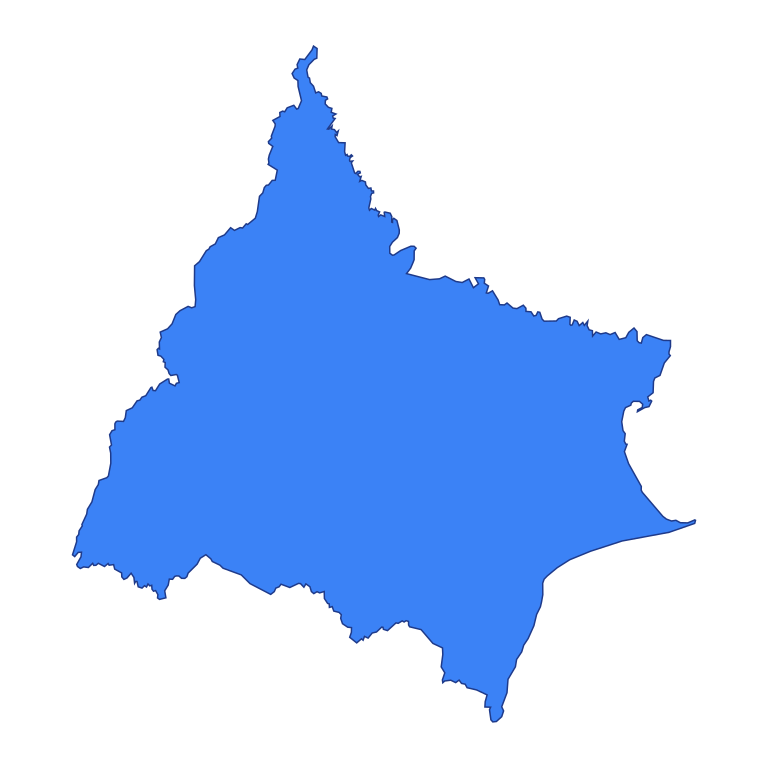 Soanierana Ivongo, Analanjirofo, Madagascar
{"feature_id": "10022922B56427545477040", "entity_name": "Soanierana Ivongo", "entity_type": "district", "adm_level": 2, "iso_a3": "MDG", "parent_name": "Madagascar", "parent_adm1": "Analanjirofo", "projection": "equal_earth", "projection_center": [49.223, -16.67], "detail": "fine", "context": "isolated", "style": "filled", "palette": "blue", "viewbox_px": 768, "rotation_deg": 0, "n_neighbors": 0, "source": "geoboundaries", "source_scale": "gbopen_adm2", "svg_char_len": 6079}
<svg xmlns="http://www.w3.org/2000/svg" viewBox="0 0 768 768"><path d="M313.5,46.1L312.0,49.9L304.8,59.5L299.8,59.0L297.1,64.6L297.8,68.1L295.0,69.2L292.1,73.6L294.2,78.1L297.9,80.5L298.1,86.5L301.5,100.7L298.2,108.5L296.7,109.1L293.8,105.3L287.2,107.8L284.7,111.8L282.7,111.1L279.8,112.5L280.0,116.5L272.8,120.4L275.2,123.9L275.1,126.2L271.3,136.2L271.7,138.1L268.4,141.6L268.7,143.4L272.8,146.4L269.3,155.0L268.4,159.0L268.9,162.9L268.1,164.4L277.3,170.1L275.2,180.3L272.2,180.4L268.5,185.0L266.3,185.3L264.3,187.6L262.8,192.9L259.5,196.3L257.3,211.7L255.3,218.2L247.7,224.5L246.2,223.8L242.6,228.0L240.1,227.6L234.5,230.4L230.6,227.7L224.5,234.9L218.4,237.6L215.3,243.9L210.1,246.8L208.9,249.1L206.3,250.7L199.5,261.6L194.6,265.8L194.4,285.5L195.7,299.7L195.1,306.6L191.7,307.8L188.1,306.4L180.0,310.7L175.8,314.5L172.1,323.8L167.6,328.8L160.2,332.1L161.4,337.6L159.3,342.0L159.5,348.9L158.4,348.3L157.1,349.7L158.0,355.3L160.8,356.1L163.9,359.4L163.3,361.7L165.2,362.5L165.0,367.2L168.0,369.9L169.1,373.5L170.8,375.5L176.3,374.5L177.4,375.3L179.2,382.6L176.4,383.3L175.0,385.9L169.4,383.2L168.7,379.0L167.4,379.1L159.7,384.0L155.5,390.7L153.1,390.5L151.9,387.2L150.9,387.6L145.8,395.7L141.9,397.2L139.8,400.2L137.1,400.8L132.3,407.8L126.3,410.6L125.3,417.7L123.5,421.4L117.2,421.1L115.7,422.1L114.9,423.8L114.9,429.7L112.0,430.7L109.6,434.7L111.5,445.0L109.5,447.1L110.7,453.1L110.8,463.3L108.4,476.0L106.8,477.7L99.0,480.5L98.3,484.6L95.2,489.5L91.9,501.9L87.4,509.3L86.7,514.1L81.9,524.5L82.3,525.9L79.1,530.8L78.7,534.5L76.6,537.1L76.6,541.8L72.5,554.8L74.7,556.6L78.2,552.4L81.5,552.2L81.0,556.8L76.7,564.5L77.5,566.5L80.3,568.5L83.7,566.9L88.4,567.5L92.7,563.3L93.7,565.4L95.9,565.3L98.3,563.3L104.5,566.5L108.1,563.5L109.1,565.2L113.6,564.6L114.7,569.1L121.6,572.9L121.8,576.9L123.9,579.4L127.0,578.0L131.1,573.2L133.9,577.4L134.6,583.3L135.6,581.5L137.0,581.5L138.2,586.8L142.0,588.1L144.5,585.7L146.5,587.0L148.0,584.0L149.8,585.9L151.7,585.3L152.0,589.2L153.5,591.2L155.6,590.6L157.9,594.7L157.5,597.9L159.5,599.4L165.9,597.8L164.7,590.8L168.2,585.1L169.3,579.1L172.6,579.3L174.7,576.4L176.5,575.9L178.9,576.0L181.5,578.3L184.8,578.4L186.9,576.7L188.1,573.1L197.1,564.2L200.3,558.2L205.9,554.7L210.8,558.8L212.3,561.5L220.0,565.2L223.0,568.2L241.3,574.9L250.0,583.6L270.7,594.4L274.3,591.6L275.8,588.1L279.1,586.8L281.0,584.2L289.8,587.5L298.5,583.4L300.5,583.6L303.9,587.2L305.9,583.9L309.9,586.7L311.4,591.6L313.8,593.6L317.0,591.7L319.7,592.9L324.2,591.5L324.4,598.5L327.6,603.4L329.2,603.9L329.4,607.4L332.2,606.6L333.8,611.1L339.1,612.4L341.3,614.7L340.7,618.4L342.5,623.7L347.7,627.2L351.5,627.6L351.4,632.3L349.7,637.3L356.7,642.9L361.5,638.8L363.1,640.2L364.5,636.4L368.1,638.1L372.2,633.0L376.5,632.0L381.7,627.1L383.0,627.3L383.4,629.3L387.5,630.6L396.0,622.9L398.2,623.3L402.2,620.9L404.1,622.0L406.1,620.7L408.5,621.4L408.6,625.0L409.6,626.8L421.1,629.6L432.9,643.4L442.5,647.9L442.8,654.5L441.2,666.9L444.8,672.8L442.4,679.9L442.8,682.7L444.7,681.0L450.7,680.2L455.7,682.6L459.1,680.1L461.5,683.4L465.2,684.2L467.1,687.7L476.5,689.9L487.1,694.9L485.2,701.7L484.9,707.0L490.6,707.2L489.5,709.7L490.9,719.8L492.8,721.9L496.4,721.5L501.7,716.7L503.6,710.9L501.7,706.8L507.0,692.7L508.0,679.3L515.4,666.8L516.6,659.4L521.7,651.9L523.7,645.2L528.1,638.6L533.9,625.7L536.6,614.5L540.4,606.8L541.5,602.1L542.8,594.7L542.7,583.2L544.1,579.2L547.3,575.9L557.2,567.7L569.8,559.7L590.6,551.2L622.0,541.0L669.1,532.3L694.7,523.4L695.5,520.3L694.8,519.9L687.7,522.9L680.3,522.7L675.9,520.3L671.5,521.0L666.4,519.1L662.8,516.3L642.3,492.3L641.2,490.1L641.3,486.4L628.6,463.7L624.4,451.6L627.1,444.3L625.8,444.1L624.3,441.2L625.2,433.7L623.0,430.6L621.7,421.7L623.8,411.1L625.5,407.6L630.8,405.2L631.3,403.1L633.3,401.3L639.5,401.4L642.7,404.2L642.2,407.5L637.7,409.9L637.4,411.7L644.7,407.6L649.0,406.6L651.7,401.1L650.7,400.2L648.9,401.0L647.7,396.9L653.1,392.7L653.5,381.5L654.8,378.0L660.0,375.4L664.3,363.0L670.3,355.6L669.0,354.0L669.0,351.8L670.5,346.6L670.5,340.5L663.5,340.4L646.4,334.6L642.8,337.6L641.3,343.1L639.1,342.7L637.2,340.7L637.0,331.6L634.0,328.0L628.8,332.3L625.8,337.7L619.2,339.4L615.1,332.5L610.1,334.6L605.9,332.8L600.7,333.9L596.1,332.0L592.6,336.1L592.4,330.7L589.1,329.8L587.1,325.6L587.8,321.1L584.3,325.4L582.8,322.5L579.2,325.6L577.1,321.3L574.2,320.0L572.2,324.9L570.8,325.3L569.9,324.3L570.2,317.3L566.7,316.1L558.5,318.7L556.3,321.0L544.2,321.2L542.1,319.1L539.8,312.3L537.8,311.9L536.1,315.4L533.8,316.0L531.0,311.8L526.0,311.4L525.9,308.2L523.3,305.2L517.0,308.6L513.0,308.1L507.0,303.0L504.4,304.9L499.7,304.7L498.1,300.0L492.5,290.8L488.1,293.3L486.3,292.9L488.5,286.0L484.3,283.2L484.7,279.4L483.8,277.9L475.1,277.7L478.5,283.8L473.4,287.7L469.0,279.0L462.2,282.5L455.9,281.5L445.2,276.1L439.5,278.8L429.6,279.6L406.5,273.6L410.6,268.2L413.0,262.6L414.1,259.7L414.2,250.9L416.1,248.2L414.1,246.3L410.9,246.2L400.7,250.5L394.2,254.9L392.6,255.3L389.8,253.2L389.7,246.5L392.4,242.2L397.4,237.6L399.2,233.3L399.3,230.0L396.9,220.5L393.8,218.3L392.5,219.7L392.5,222.4L391.7,222.1L391.8,216.6L390.2,213.2L384.9,212.0L384.2,212.3L384.7,216.5L380.7,214.9L378.6,216.5L378.2,215.1L379.6,211.9L376.7,210.6L375.5,208.4L374.8,210.1L371.3,208.5L369.5,210.2L368.8,207.9L370.8,199.0L370.5,196.4L371.7,193.3L373.6,192.9L373.5,191.0L371.4,190.9L370.9,188.0L368.4,188.4L365.8,184.9L365.4,181.9L361.8,180.4L359.7,181.4L361.2,176.4L359.7,176.8L357.5,174.3L360.3,172.9L359.9,171.4L357.9,171.3L355.7,173.5L354.6,172.9L351.3,162.8L352.7,161.0L349.9,161.3L349.5,160.0L350.2,157.6L352.5,156.0L351.3,154.8L349.6,156.4L347.5,156.0L347.1,154.5L345.6,155.3L344.6,151.8L345.1,142.8L338.6,142.6L335.1,136.6L335.3,134.5L337.0,135.6L338.2,131.0L336.6,132.5L334.4,129.6L331.5,129.1L332.1,125.9L328.8,129.2L327.4,129.0L335.1,118.5L333.2,118.1L332.6,116.0L335.9,114.0L331.2,112.3L331.9,108.4L328.4,107.3L325.2,103.9L325.4,100.3L327.6,98.9L326.9,97.0L321.8,96.0L321.2,93.4L318.6,91.8L315.7,92.9L313.5,86.2L310.3,82.7L309.5,78.1L308.0,77.1L306.7,69.9L308.9,64.7L314.2,59.3L316.8,58.2L317.1,48.5L313.5,46.1Z" fill="#3b82f6" stroke="#1e3a8a" stroke-width="1.5"/></svg>